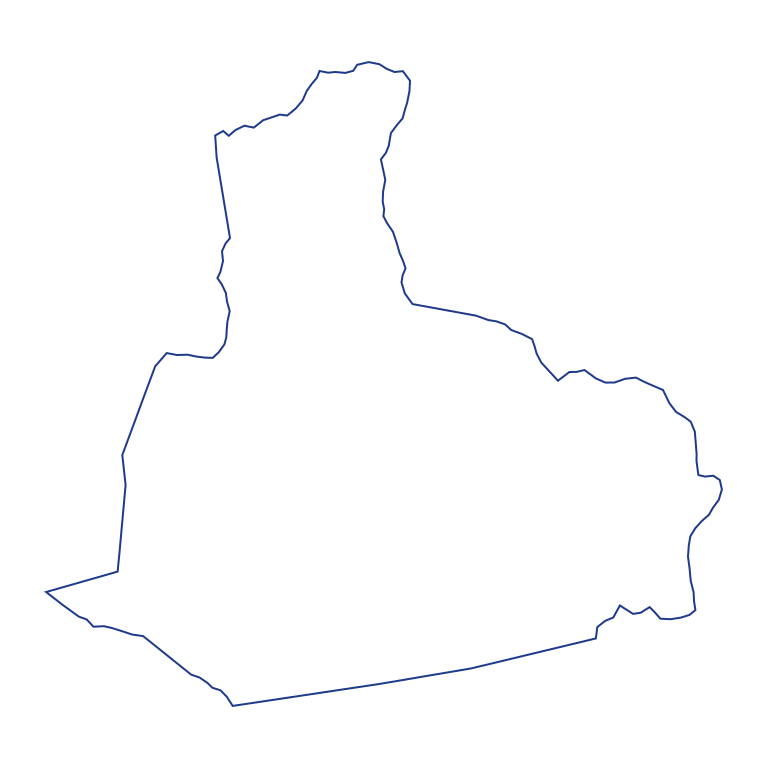 Araçás, Bahia, Brazil
{"feature_id": "56859067B21814808671307", "entity_name": "Araçás", "entity_type": "district", "adm_level": 2, "iso_a3": "BRA", "parent_name": "Brazil", "parent_adm1": "Bahia", "projection": "orthographic", "projection_center": [-38.2, -12.144], "detail": "fine", "context": "isolated", "style": "outline", "palette": "blue", "viewbox_px": 768, "rotation_deg": 0, "n_neighbors": 0, "source": "geoboundaries", "source_scale": "gbopen_adm2", "svg_char_len": 2095}
<svg xmlns="http://www.w3.org/2000/svg" viewBox="0 0 768 768"><path d="M46.1,592.0L53.8,598.0L62.0,604.4L71.9,611.6L78.8,616.6L86.8,619.5L93.4,626.7L104.0,626.2L111.5,627.9L121.8,631.1L132.0,634.5L143.1,636.1L191.1,674.6L199.5,677.5L207.3,682.8L212.5,687.8L220.5,690.3L226.8,696.8L232.7,705.9L379.8,683.9L471.2,668.4L595.9,638.4L597.3,627.1L605.1,620.9L613.3,617.5L619.9,605.5L626.5,609.7L633.1,613.9L640.8,612.7L649.6,607.1L654.9,612.4L660.4,618.7L670.7,619.2L680.9,617.6L689.5,614.9L695.4,610.1L694.0,600.9L693.6,592.3L690.7,580.7L689.6,568.6L688.0,556.6L688.8,545.5L690.3,536.4L695.3,528.2L701.8,521.0L709.0,514.7L712.9,507.8L718.8,499.8L721.9,489.4L719.8,480.0L713.2,475.7L705.0,476.6L698.4,475.0L697.4,467.9L696.5,460.7L696.6,453.8L695.8,443.7L694.8,431.6L690.8,421.8L684.7,417.2L676.0,411.9L669.4,403.2L663.0,390.0L652.0,385.3L643.5,381.5L636.0,377.6L625.1,378.8L614.6,382.5L605.4,382.6L595.9,378.4L584.4,370.0L576.7,371.9L569.4,372.0L558.0,380.7L541.3,362.6L536.6,353.5L534.7,346.7L532.1,339.1L521.5,333.8L511.2,330.0L505.1,324.4L496.6,321.4L488.2,320.0L476.1,315.7L412.6,304.1L404.8,293.4L401.5,282.5L402.6,275.4L405.5,268.5L403.1,261.0L399.6,253.1L396.8,243.2L393.0,231.9L387.1,223.2L383.4,216.2L384.2,209.3L382.7,201.8L383.1,191.6L385.3,179.9L382.8,168.1L380.9,159.4L386.0,152.7L388.7,145.9L390.9,133.1L397.0,124.9L402.6,118.4L404.9,109.8L407.1,102.9L409.5,90.9L410.0,80.7L402.9,71.2L394.5,72.0L386.8,68.9L379.4,64.2L368.7,62.1L357.2,64.8L353.2,70.8L345.4,72.9L335.2,72.0L328.2,72.7L319.5,71.0L317.0,77.7L311.9,83.7L306.7,91.0L302.6,100.4L295.7,108.6L287.2,115.5L279.7,114.6L272.8,117.0L263.2,120.2L253.8,127.6L244.4,125.7L235.2,130.2L228.8,135.8L223.2,131.0L215.2,135.5L216.6,157.3L230.0,238.1L225.6,243.4L222.0,251.2L223.0,261.0L220.4,271.9L217.4,278.1L221.8,284.4L225.9,293.1L227.0,301.5L229.7,311.2L227.4,321.8L226.7,330.1L226.3,337.3L224.4,344.4L218.7,352.3L212.7,357.9L204.6,357.6L196.1,356.5L187.6,354.7L176.9,355.0L166.7,353.1L155.2,366.3L146.0,390.9L133.4,425.1L122.3,455.0L125.6,485.1L119.5,552.3L117.6,571.6L46.1,592.0Z" fill="none" stroke="#1e3a8a" stroke-width="2"/></svg>